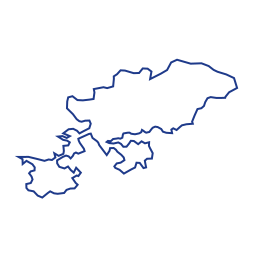 outline of Muan-gun, South Jeolla, South Korea, rotated 268°
{"feature_id": "91817680B20286966250971", "entity_name": "Muan-gun", "entity_type": "district", "adm_level": 2, "iso_a3": "KOR", "parent_name": "South Korea", "parent_adm1": "South Jeolla", "projection": "equal_earth", "projection_center": [126.385, 34.959], "detail": "fine", "context": "isolated", "style": "outline", "palette": "blue", "viewbox_px": 256, "rotation_deg": 268, "n_neighbors": 0, "source": "geoboundaries", "source_scale": "gbopen_adm2", "svg_char_len": 2700}
<svg xmlns="http://www.w3.org/2000/svg" viewBox="0 0 256 256"><g transform="rotate(268 128 128)"><path d="M185.9,122.6L182.1,118.9L180.1,115.6L177.6,115.6L170.1,114.6L168.6,108.6L169.6,104.9L168.1,95.2L164.7,95.7L158.2,94.6L157.7,90.3L157.2,83.8L157.7,78.4L161.7,73.6L160.7,69.3L156.7,68.2L149.8,67.7L143.7,73.5L138.6,77.0L136.5,79.6L135.9,81.9L136.8,85.4L136.8,89.7L133.6,90.9L129.1,89.3L126.4,83.5L124.3,79.3L127.0,77.0L129.1,73.2L128.8,68.6L124.9,63.1L121.9,69.6L120.2,66.4L122.2,62.2L121.9,57.7L118.4,62.8L117.5,66.7L115.7,69.3L112.7,67.7L112.4,62.8L107.3,63.1L104.4,62.5L102.6,57.7L105.3,53.5L101.1,54.4L98.7,50.9L99.3,47.6L98.1,43.4L99.9,37.3L102.6,27.6L102.9,17.6L100.5,21.5L95.7,21.5L98.7,25.4L95.1,31.2L91.9,33.4L88.9,33.1L88.0,29.2L86.2,27.6L82.9,29.9L79.9,30.8L76.4,28.9L75.5,24.4L71.6,24.4L69.2,26.3L68.0,31.5L63.6,35.4L61.5,39.9L65.9,45.7L67.4,48.0L65.3,51.8L64.7,55.4L65.3,61.9L68.3,64.4L69.5,68.3L69.5,72.5L72.8,75.5L73.1,75.7L74.9,73.8L79.9,70.6L82.3,75.1L81.7,76.7L85.0,79.3L90.1,74.8L85.3,72.2L88.0,69.3L91.6,66.7L89.8,63.1L91.6,58.0L95.1,56.0L98.1,56.0L101.4,61.9L102.6,65.1L101.7,67.7L99.6,69.6L102.0,71.9L104.4,73.2L105.3,75.1L104.1,77.4L106.4,83.8L108.8,83.2L114.8,79.3L117.2,78.3L119.0,78.0L123.4,88.7L123.7,90.6L119.3,92.2L116.0,96.4L114.5,97.7L111.8,98.7L101.7,105.8L105.8,108.7L108.5,109.4L108.5,113.0L106.7,115.2L104.7,116.5L101.4,120.4L98.7,122.7L96.0,123.3L93.6,119.4L93.0,115.5L90.1,113.0L88.6,113.9L86.5,118.1L84.4,120.4L82.6,122.3L86.5,129.8L88.3,133.7L93.0,135.3L92.7,138.5L87.4,142.1L88.0,144.7L92.4,144.0L94.8,143.7L96.6,146.0L96.6,150.8L102.0,151.8L107.3,149.2L109.4,148.3L113.0,148.6L112.1,144.4L114.2,141.1L111.5,137.6L114.8,133.4L115.1,130.4L112.4,128.5L109.4,125.9L109.4,122.7L112.4,120.4L113.9,117.8L113.0,113.0L113.6,108.7L114.8,106.2L115.8,107.5L115.4,110.2L116.5,111.6L117.5,112.7L117.8,116.0L118.1,117.9L117.6,120.0L118.5,122.0L121.7,122.7L122.7,123.3L123.3,127.3L123.3,129.4L122.2,130.9L121.8,132.9L121.5,134.8L122.0,137.7L122.3,139.1L123.4,141.1L125.6,141.9L124.5,143.5L123.5,144.6L122.7,146.0L123.3,149.2L125.4,150.9L126.6,151.9L127.5,152.9L128.4,155.2L127.9,157.7L125.8,161.2L123.1,162.8L121.9,166.1L121.3,171.9L124.9,171.3L126.1,173.2L124.3,176.5L127.0,179.7L128.8,182.0L129.7,186.5L130.0,192.9L132.1,192.3L138.2,195.0L144.5,198.1L145.2,202.0L147.4,204.7L151.2,206.1L155.0,208.5L156.0,211.7L155.0,217.2L154.8,222.2L154.8,226.2L155.8,226.5L160.2,230.3L164.2,238.4L174.2,235.7L178.1,228.1L181.1,219.4L183.1,215.6L187.1,210.8L190.1,203.7L190.1,192.9L194.5,179.4L192.0,173.4L184.6,169.1L181.1,162.6L176.1,151.8L183.6,153.4L186.6,149.7L187.0,144.8L182.6,141.0L182.6,135.6L185.5,127.0L185.9,122.6Z" fill="none" stroke="#1e3a8a" stroke-width="2"/></g></svg>